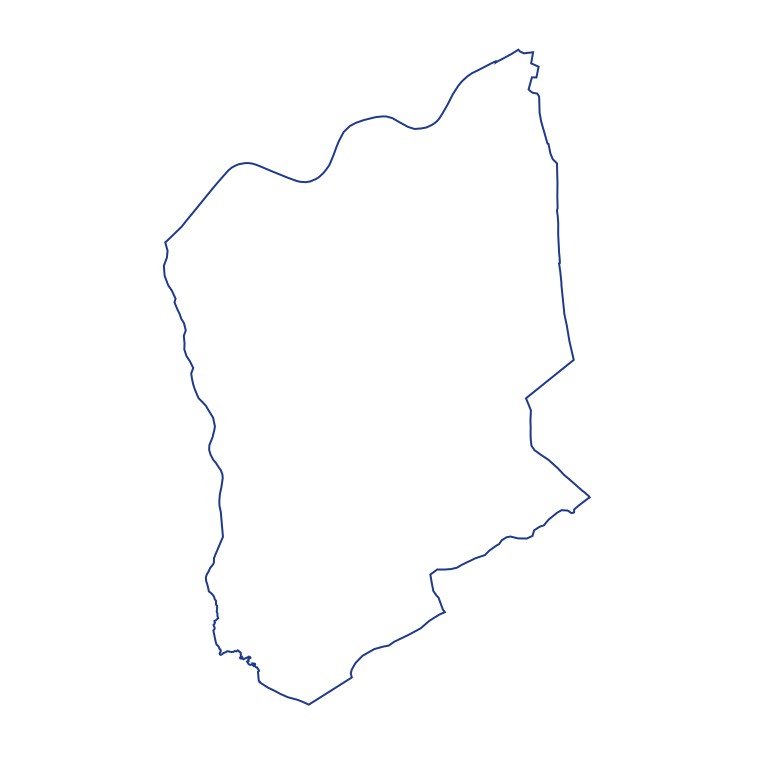 outline of Oteapan, Veracruz, Mexico, rotated 347°
{"feature_id": "50627088B13566267376953", "entity_name": "Oteapan", "entity_type": "district", "adm_level": 2, "iso_a3": "MEX", "parent_name": "Mexico", "parent_adm1": "Veracruz", "projection": "albers", "projection_center": [-94.678, 17.988], "detail": "fine", "context": "isolated", "style": "outline", "palette": "blue", "viewbox_px": 768, "rotation_deg": 347, "n_neighbors": 0, "source": "geoboundaries", "source_scale": "gbopen_adm2", "svg_char_len": 4965}
<svg xmlns="http://www.w3.org/2000/svg" viewBox="0 0 768 768"><g transform="rotate(347 384 384)"><path d="M590.1,88.5L582.9,91.0L572.7,93.8L565.4,95.7L565.2,95.8L565.5,95.0L565.5,94.7L561.6,95.5L548.4,98.9L539.5,101.0L534.7,102.9L528.7,106.2L523.7,109.9L516.3,117.1L508.6,126.3L501.5,133.9L497.4,137.9L494.8,139.8L492.3,141.1L489.1,142.3L483.1,143.6L478.2,143.4L471.2,142.4L465.1,138.8L457.4,131.9L452.1,126.9L446.8,124.0L443.2,123.0L436.6,122.2L434.4,122.1L423.9,122.3L422.7,122.4L417.3,123.0L415.4,123.2L408.7,125.0L401.4,129.4L395.0,136.8L391.9,141.1L391.5,141.6L386.4,149.5L382.4,155.1L379.8,158.6L376.9,161.2L372.7,164.6L367.2,167.8L363.7,169.0L358.0,170.0L353.4,169.8L348.0,168.2L344.5,166.5L338.1,162.3L337.7,162.1L328.0,155.3L323.0,151.8L319.3,149.1L312.8,144.4L308.6,141.5L305.9,140.0L304.1,139.1L301.0,138.1L300.1,137.9L298.2,137.5L291.9,137.2L287.9,137.9L284.3,138.9L280.4,140.9L274.3,145.2L267.7,150.0L263.1,153.4L252.6,161.5L247.9,165.2L240.8,170.7L234.5,175.6L231.7,177.7L226.4,181.8L222.4,185.1L215.3,189.4L204.1,196.1L202.7,196.7L203.1,205.5L200.9,212.0L197.0,217.9L196.1,219.3L195.4,223.8L194.6,229.2L195.3,234.6L195.9,239.1L198.4,245.7L200.1,254.0L198.2,257.3L199.5,264.9L200.6,269.7L201.2,275.0L202.8,279.8L202.9,287.2L199.8,292.0L198.8,299.5L197.7,303.5L197.2,305.4L197.8,312.3L200.0,318.1L201.7,325.5L198.5,330.4L198.1,335.4L198.0,341.0L198.4,346.2L199.2,351.0L200.1,356.0L203.6,361.8L205.5,365.0L207.2,370.4L208.7,374.8L209.9,378.4L209.8,383.3L209.7,387.4L208.2,390.9L205.0,397.3L202.1,401.4L200.1,404.3L198.8,408.9L199.1,413.8L200.5,419.2L202.5,423.2L203.9,427.1L205.6,431.2L206.2,435.8L205.7,439.4L202.7,447.1L199.2,454.7L197.1,461.4L196.6,464.0L196.3,465.7L196.2,471.9L194.7,482.5L192.7,496.7L181.2,512.5L179.1,515.6L178.5,518.2L177.9,520.1L177.0,521.2L173.3,524.1L170.6,527.6L168.6,529.6L167.4,531.5L166.8,533.0L166.4,535.6L166.7,539.5L166.8,544.2L166.7,546.4L167.2,547.4L168.1,548.3L169.5,550.5L170.6,553.1L170.6,555.4L171.5,557.5L171.0,559.7L170.7,561.2L171.5,562.6L170.8,565.5L169.8,568.0L170.1,569.8L169.5,572.8L169.8,574.9L168.2,575.7L166.9,576.5L165.5,576.7L165.3,577.7L165.6,578.6L164.9,579.5L163.7,580.4L163.8,581.1L164.0,582.6L164.2,583.6L163.5,584.9L162.3,585.7L162.0,597.7L162.1,598.9L162.3,600.4L162.9,601.0L163.9,603.0L164.2,605.5L164.9,605.9L165.0,606.8L164.7,608.0L163.8,608.7L163.2,609.7L163.4,610.7L164.0,611.2L165.3,611.0L166.8,610.1L167.8,609.9L169.5,609.8L171.2,609.1L172.2,609.4L173.5,610.2L175.3,610.9L176.9,611.1L178.6,610.6L179.5,611.1L180.1,611.3L181.4,610.6L182.2,611.1L182.5,612.0L183.4,612.9L184.0,613.9L183.6,614.8L183.4,616.9L183.0,617.7L182.1,618.3L182.3,619.1L183.2,619.5L183.8,619.3L184.4,618.6L184.7,619.9L185.1,620.6L186.2,620.3L189.5,619.7L191.0,619.2L192.1,620.0L192.3,620.8L192.0,620.9L191.2,620.7L190.8,621.3L189.8,621.8L189.8,623.5L189.2,623.6L188.6,623.4L188.1,623.6L188.4,624.5L189.0,626.2L189.9,627.3L190.9,627.7L192.2,627.5L192.8,626.5L194.4,627.2L195.3,627.6L195.3,628.2L194.1,628.4L193.3,629.1L193.7,629.6L194.8,629.7L195.2,630.8L196.7,631.8L196.7,632.7L197.1,633.1L197.5,634.0L197.7,635.4L197.6,635.5L196.5,636.0L195.2,645.0L196.0,645.9L195.7,646.6L197.9,648.9L202.7,653.8L209.2,659.0L213.3,662.7L219.9,667.6L228.8,672.3L233.4,675.5L238.6,679.5L264.1,670.6L286.6,662.7L286.5,658.6L288.3,655.1L293.4,649.5L301.9,644.0L314.9,640.1L324.6,639.7L329.7,640.0L336.0,637.4L352.2,633.8L352.4,633.7L364.8,630.3L375.0,624.9L386.1,621.1L392.0,620.0L390.6,617.0L389.1,604.5L387.5,601.8L385.5,596.7L385.8,588.1L386.3,580.1L389.1,578.9L394.1,576.7L401.1,578.4L401.9,578.5L407.5,579.4L413.8,579.4L419.1,577.7L426.5,576.0L428.2,575.7L433.5,574.4L440.8,573.7L443.1,573.5L443.8,573.4L449.2,570.0L455.5,567.4L457.3,566.7L460.1,565.9L463.7,562.7L468.9,560.9L472.9,561.1L478.7,564.0L480.3,564.7L488.5,566.7L494.5,565.4L497.4,560.3L503.9,558.0L508.1,557.7L510.8,555.5L514.2,553.0L518.6,550.9L523.6,548.4L528.7,546.9L534.4,548.6L535.1,549.2L537.6,552.0L540.3,551.9L541.1,549.0L542.8,548.1L546.9,546.0L554.4,542.6L557.3,541.3L558.3,541.0L558.9,540.8L558.7,540.3L558.2,539.2L555.1,534.8L552.9,532.2L549.7,527.7L544.4,520.3L542.7,518.0L541.2,516.0L538.8,512.8L534.4,505.1L533.9,504.5L527.2,494.9L520.7,488.0L515.7,482.3L514.9,480.1L513.8,477.2L514.5,471.1L515.6,465.6L517.3,458.6L518.2,453.9L518.6,451.9L519.3,449.5L521.2,442.8L520.1,435.5L519.1,429.9L520.3,429.3L528.6,425.3L545.7,417.0L574.3,403.2L574.3,401.5L574.3,393.2L574.3,383.5L574.6,379.2L575.3,367.4L575.3,365.5L575.5,355.9L576.0,352.5L577.5,340.4L579.2,327.0L579.6,325.6L581.1,313.5L581.7,305.8L582.6,305.6L583.3,301.8L584.0,296.5L584.4,294.1L587.4,277.2L590.0,266.3L591.1,258.9L591.5,253.9L592.7,251.8L594.6,242.6L594.6,242.3L595.2,239.8L598.3,226.9L600.3,217.0L602.2,208.0L599.0,202.9L598.0,196.8L598.3,187.0L597.4,186.5L596.2,163.9L596.6,154.9L599.8,138.8L598.6,135.5L594.3,133.6L592.2,131.2L591.2,129.4L597.1,118.5L601.5,119.6L606.0,109.6L599.5,104.7L603.9,94.3L594.8,93.3L591.3,90.7L590.1,88.5Z" fill="none" stroke="#1e3a8a" stroke-width="2"/></g></svg>